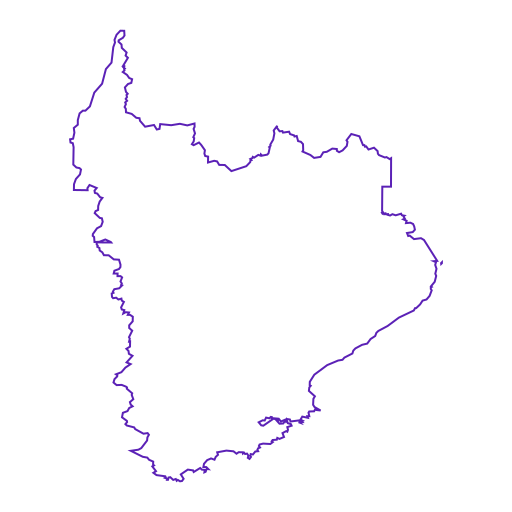 outline of Clutha District, Otago, New Zealand
{"feature_id": "76426892B1616776897166", "entity_name": "Clutha District", "entity_type": "district", "adm_level": 2, "iso_a3": "NZL", "parent_name": "New Zealand", "parent_adm1": "Otago", "projection": "robinson", "projection_center": [169.665, -46.039], "detail": "fine", "context": "isolated", "style": "outline", "palette": "violet", "viewbox_px": 512, "rotation_deg": 0, "n_neighbors": 0, "source": "geoboundaries", "source_scale": "gbopen_adm2", "svg_char_len": 6041}
<svg xmlns="http://www.w3.org/2000/svg" viewBox="0 0 512 512"><path d="M124.2,30.8L120.4,30.7L116.6,34.7L114.5,39.9L115.0,42.5L113.3,47.1L111.5,62.6L105.9,69.1L102.1,83.7L94.3,92.6L89.9,106.4L85.4,110.7L82.8,110.7L79.6,113.4L77.8,120.1L77.8,124.7L73.8,128.0L74.4,132.7L73.1,138.7L70.1,139.3L70.5,142.5L72.8,143.2L73.6,147.2L73.3,164.6L76.4,167.5L79.5,168.1L81.0,169.5L80.0,174.4L75.9,179.0L74.0,184.2L73.9,190.0L87.6,190.2L87.4,188.2L89.5,185.0L96.7,188.0L94.5,190.6L94.9,192.9L97.3,193.6L100.1,197.2L102.4,197.9L99.7,201.5L98.2,206.0L98.1,210.0L95.6,211.1L94.7,213.1L99.8,217.9L101.9,218.3L102.7,221.8L101.1,226.1L97.0,228.3L92.9,234.0L92.7,235.8L94.1,237.0L94.5,242.0L99.4,241.8L105.3,239.5L110.8,242.0L111.2,242.5L96.7,242.4L96.7,244.5L97.7,245.6L97.3,246.8L99.4,248.0L99.7,250.5L102.3,252.3L103.9,255.2L108.7,255.3L113.8,259.4L119.0,259.7L120.5,264.7L120.4,267.1L119.0,269.0L114.4,270.7L113.7,273.5L117.6,273.5L117.5,276.1L120.5,276.1L122.1,277.4L120.5,281.5L121.8,283.4L121.1,285.0L122.1,285.4L119.2,288.3L114.3,289.2L112.9,291.6L113.5,292.8L111.7,293.5L112.0,296.9L113.1,298.2L116.2,297.7L118.4,299.5L121.4,298.6L121.8,300.6L123.9,301.9L121.1,307.4L121.8,309.5L124.3,310.1L123.3,313.5L125.7,312.2L129.0,312.5L127.8,314.9L130.1,314.9L132.8,316.7L132.7,321.3L129.2,325.3L129.2,328.0L132.2,330.7L129.0,337.2L129.8,338.7L129.1,341.6L130.1,341.4L130.0,346.6L126.4,348.8L128.5,350.9L128.9,353.8L132.5,355.8L126.6,362.4L130.6,364.1L125.4,367.6L121.4,372.2L116.0,374.3L117.3,375.2L117.2,376.4L114.5,379.1L113.5,382.5L116.6,385.1L121.7,384.9L125.9,386.6L127.0,387.4L126.8,388.7L132.2,393.3L131.7,394.9L133.3,399.2L129.9,402.1L130.7,404.6L132.6,406.3L129.2,408.0L127.5,411.1L122.9,412.8L122.0,417.3L126.9,420.9L127.1,422.1L125.4,424.1L126.8,425.5L134.2,427.4L135.2,429.1L143.5,433.7L147.6,433.1L148.9,434.8L147.4,437.4L147.1,440.5L141.3,448.1L138.4,449.7L130.8,450.8L142.8,456.8L147.3,457.6L149.1,459.8L153.2,461.6L153.1,464.6L154.0,465.4L152.3,466.4L156.0,471.2L153.4,472.8L156.5,475.1L165.3,476.3L165.9,477.7L165.2,478.0L167.6,479.0L167.2,479.8L168.0,479.8L168.6,477.5L170.3,477.2L173.2,479.9L175.8,479.0L176.7,480.8L177.8,479.9L180.0,481.3L182.0,481.0L183.6,478.8L180.8,474.4L187.8,469.6L193.1,470.4L193.7,472.0L200.2,468.0L201.8,469.6L204.8,469.9L204.4,472.3L205.6,471.8L206.7,468.9L208.3,469.1L206.3,467.1L203.4,467.0L204.0,463.8L207.2,460.1L211.0,458.5L210.4,458.2L214.5,459.7L215.7,456.9L218.0,454.8L217.2,452.3L226.4,450.6L233.5,451.3L236.5,453.7L238.7,452.2L242.9,452.3L243.0,453.5L244.1,452.7L245.1,454.0L247.0,453.6L248.4,455.6L247.8,457.8L249.5,458.9L251.0,456.9L250.3,456.0L250.7,454.1L252.9,454.5L255.3,451.5L258.1,451.2L257.4,449.8L258.1,448.3L260.0,447.5L258.9,446.0L259.6,444.5L263.1,443.6L270.3,444.0L272.8,442.1L271.7,441.3L272.6,440.0L276.8,439.7L277.3,437.9L279.5,438.9L284.0,437.0L282.5,433.1L286.2,431.1L287.3,431.7L288.0,429.8L287.3,427.1L291.6,425.7L290.9,424.1L287.8,423.2L286.9,420.6L286.1,421.5L286.0,421.2L286.4,419.8L286.3,419.4L283.2,423.5L279.5,423.7L277.0,420.9L277.9,420.9L277.8,419.9L273.6,418.6L263.3,425.7L261.2,425.3L258.7,422.3L262.7,420.3L264.7,420.5L266.1,417.6L269.4,418.3L270.8,416.9L271.8,417.1L271.8,418.1L278.7,418.7L280.9,421.5L286.8,419.0L289.9,419.5L290.5,421.5L299.1,420.4L299.8,421.2L299.4,422.5L300.8,423.0L299.9,421.9L302.2,422.0L301.6,421.4L302.8,420.8L300.5,419.6L302.3,416.6L307.9,417.8L307.3,416.2L309.3,416.2L308.5,412.7L309.2,411.5L314.1,411.3L315.3,409.0L316.3,410.0L320.6,410.5L314.5,407.0L313.1,404.8L313.4,398.8L314.9,396.3L308.9,390.9L309.3,387.4L310.7,385.8L309.7,385.2L309.8,381.8L314.3,374.7L327.2,365.1L338.2,360.5L342.5,359.8L344.4,357.6L352.4,353.5L353.3,350.6L355.4,348.4L362.1,344.8L367.2,343.6L370.6,339.0L375.2,336.0L376.4,332.8L378.4,330.9L387.6,326.0L398.9,317.6L413.8,310.5L415.1,308.1L416.2,308.1L420.1,304.4L422.6,300.6L426.5,299.5L429.6,295.9L431.7,290.3L430.8,289.0L430.8,287.3L431.7,286.9L431.0,286.3L434.7,281.8L436.2,275.9L435.3,273.7L436.5,268.8L435.2,264.9L436.0,262.2L433.8,261.2L437.2,260.9L424.0,240.0L421.0,238.2L414.0,239.1L409.7,235.6L408.2,236.0L407.0,233.0L412.7,232.1L414.9,229.7L414.2,226.4L413.1,224.0L410.4,222.7L406.0,223.1L406.6,220.8L403.3,219.3L404.8,218.6L403.5,216.4L404.4,215.7L401.8,215.2L401.1,213.7L395.7,215.3L392.4,214.2L390.1,215.5L387.6,214.8L387.8,214.1L384.7,214.2L385.0,213.4L382.6,213.8L381.9,212.7L382.9,212.1L382.1,210.9L382.3,186.7L391.0,186.7L391.1,158.2L389.7,159.1L386.5,157.1L384.9,157.5L379.0,155.1L377.9,153.7L377.6,151.1L374.0,147.7L368.5,149.5L366.2,146.4L365.0,146.7L364.4,145.1L363.0,145.1L359.4,136.3L351.3,134.0L346.5,140.3L347.5,141.8L346.8,145.9L342.6,150.4L339.1,152.2L336.9,150.8L336.8,149.0L332.3,148.6L326.8,151.8L323.3,152.3L320.5,156.9L314.1,157.9L310.4,155.0L302.5,151.5L303.2,150.2L303.0,144.1L300.9,141.8L298.1,141.1L296.7,136.0L294.5,136.5L294.1,135.4L290.1,134.1L289.1,131.7L283.0,132.6L282.4,131.1L279.6,131.3L276.8,127.6L277.2,125.8L273.7,130.5L274.4,133.3L273.2,139.6L270.3,144.6L270.6,145.7L269.2,147.0L269.8,147.5L268.5,153.3L267.3,154.6L262.2,155.6L260.9,154.4L260.7,155.7L258.3,154.9L254.2,157.6L252.8,156.9L252.5,158.0L250.3,159.0L251.3,160.1L250.5,160.3L250.2,162.1L246.3,166.2L231.4,171.1L224.8,165.0L219.2,164.9L217.1,161.4L214.2,160.8L208.0,162.5L208.1,156.6L205.2,156.0L204.4,153.6L204.9,150.2L201.2,144.9L199.0,142.5L193.6,145.2L191.9,144.2L193.7,141.4L194.2,138.1L193.3,137.2L195.0,133.4L193.6,128.9L194.6,126.8L194.5,123.5L187.3,125.4L179.9,123.8L171.2,125.2L160.2,124.1L159.5,128.9L156.8,129.5L154.0,125.0L145.1,126.7L140.0,120.8L139.5,118.2L136.3,117.8L131.7,113.9L126.0,112.3L125.8,108.8L124.6,107.0L125.9,104.1L125.2,102.4L127.1,100.8L125.7,98.9L127.0,97.1L126.5,95.0L127.7,93.8L126.0,91.9L124.9,87.4L128.0,84.0L131.3,82.9L132.1,79.2L129.2,78.0L127.0,74.9L122.8,72.0L124.5,70.4L124.1,69.0L124.8,68.5L123.4,67.3L123.9,66.8L123.1,66.3L124.0,65.8L123.4,65.3L127.9,57.8L125.6,55.6L126.6,52.5L121.8,47.9L121.5,44.5L118.5,41.7L118.7,40.3L122.9,37.8L124.5,35.5L124.2,30.8ZM441.9,262.3L441.1,263.1L441.2,263.9L441.9,263.2L441.9,262.3Z" fill="none" stroke="#5b21b6" stroke-width="2"/></svg>